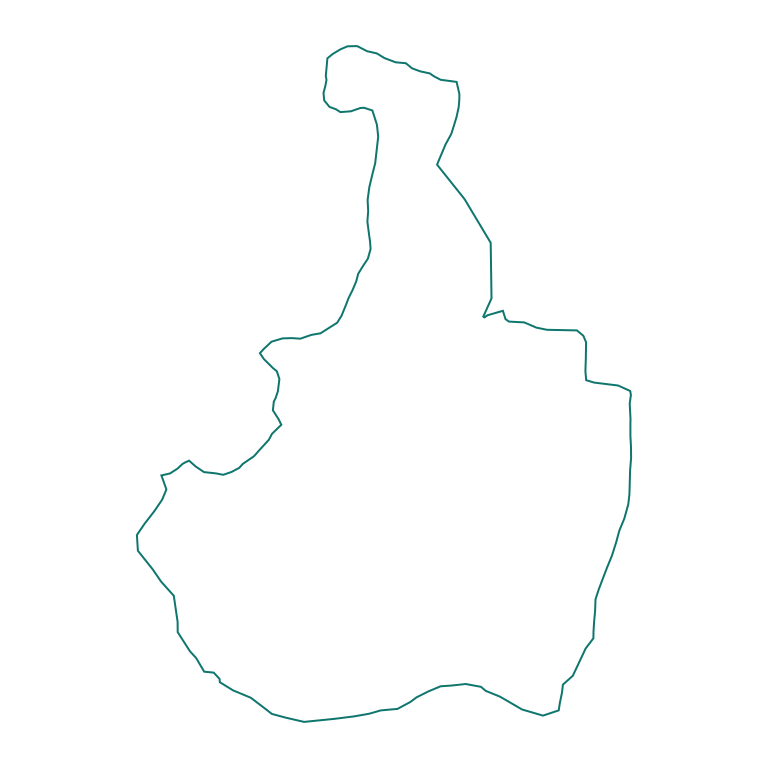 Qaha, Al Qalyubiyah, Egypt (Mercator projection)
{"feature_id": "37247803B19157845766633", "entity_name": "Qaha", "entity_type": "district", "adm_level": 2, "iso_a3": "EGY", "parent_name": "Egypt", "parent_adm1": "Al Qalyubiyah", "projection": "mercator", "projection_center": [31.21, 30.293], "detail": "fine", "context": "isolated", "style": "outline", "palette": "teal", "viewbox_px": 768, "rotation_deg": 0, "n_neighbors": 0, "source": "geoboundaries", "source_scale": "gbopen_adm2", "svg_char_len": 2360}
<svg xmlns="http://www.w3.org/2000/svg" viewBox="0 0 768 768"><path d="M593.4,638.3L593.5,631.8L594.1,622.0L595.1,610.9L595.5,599.4L598.7,589.5L606.8,568.2L611.9,555.8L616.2,542.2L619.3,530.7L624.3,518.6L628.3,504.2L629.4,494.5L629.6,488.3L630.1,470.3L631.1,457.9L631.0,447.2L630.4,435.9L630.4,424.7L630.5,418.9L629.9,407.0L629.7,403.7L630.9,395.0L630.2,391.0L618.1,385.5L594.2,382.6L586.2,380.2L585.4,371.2L585.8,359.7L586.1,342.3L583.3,335.7L576.9,330.4L561.9,330.1L547.0,329.8L536.3,327.6L524.2,322.4L509.0,321.6L505.5,319.1L502.9,310.8L487.6,315.2L484.5,317.4L483.9,317.0L483.3,316.6L491.5,298.4L490.7,242.8L464.6,199.2L437.1,164.7L438.3,161.6L445.6,144.3L451.3,133.9L453.9,125.7L456.6,116.8L458.7,107.1L459.3,99.9L459.4,94.1L456.6,81.9L440.7,79.8L433.8,76.2L429.8,73.4L420.4,71.4L412.0,68.3L405.8,63.2L395.6,62.3L384.5,58.1L376.8,53.4L367.1,51.2L357.2,46.1L347.6,46.3L340.7,49.2L336.8,51.5L332.7,54.0L327.4,58.3L325.8,76.0L326.5,79.9L325.4,85.7L323.5,92.9L324.2,100.4L329.5,106.9L336.0,109.3L340.4,112.1L350.9,111.3L360.4,108.0L364.2,107.8L372.4,110.5L376.9,124.6L378.2,136.6L375.2,163.2L372.8,172.6L369.4,186.8L367.6,200.0L368.2,211.2L367.8,216.0L367.4,221.7L369.1,234.8L370.0,241.3L370.6,248.9L367.9,258.6L362.8,266.3L358.2,273.8L356.3,281.1L352.7,289.8L348.5,298.2L345.7,305.6L341.5,315.8L337.2,322.7L320.5,333.3L311.3,334.9L300.3,338.7L291.8,338.1L282.5,338.4L271.5,341.7L263.7,349.0L259.9,353.2L264.0,359.2L273.1,368.2L276.8,371.2L279.4,379.0L277.9,391.2L275.6,398.1L273.8,401.6L272.9,410.3L278.7,419.4L281.3,424.8L272.0,433.8L268.9,439.7L259.5,450.0L253.9,456.3L242.8,463.9L239.3,467.8L231.7,471.9L223.2,474.8L216.0,473.4L204.0,472.1L195.7,466.5L189.1,460.7L185.8,462.1L182.7,463.8L177.4,468.7L169.9,473.5L161.4,475.4L166.4,489.4L162.2,499.6L154.3,511.2L144.6,523.7L136.9,535.0L137.9,550.8L152.6,569.2L161.1,581.6L173.8,595.8L177.6,621.8L177.7,632.1L180.8,637.0L189.9,651.2L196.2,658.1L204.2,671.7L213.7,672.6L219.6,679.0L219.8,682.2L233.1,690.4L250.7,697.7L261.5,705.9L266.6,709.8L271.8,713.9L285.5,717.6L304.1,721.9L334.8,718.8L354.0,716.4L369.3,713.7L380.8,710.4L397.5,708.9L410.3,702.0L416.6,697.3L428.2,691.5L440.5,686.3L452.0,685.5L465.5,684.0L480.9,686.8L485.8,690.9L499.9,696.6L522.1,709.5L543.0,715.6L558.7,710.4L559.9,702.7L562.0,692.6L562.9,684.6L572.8,675.8L585.7,648.4L593.4,638.3Z" fill="none" stroke="#0f766e" stroke-width="2"/></svg>